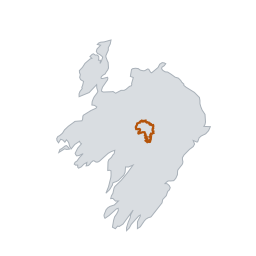 Birr Lea-6, Offaly, Ireland (highlighted), rotated 321°
{"feature_id": "5873133B95472927677681", "entity_name": "Birr Lea-6", "entity_type": "district", "adm_level": 2, "iso_a3": "IRL", "parent_name": "Ireland", "parent_adm1": "Offaly", "projection": "robinson", "projection_center": [-7.878, 53.106], "detail": "fine", "context": "in_parent", "style": "outline", "palette": "amber", "viewbox_px": 256, "rotation_deg": 321, "n_neighbors": 0, "source": "geoboundaries", "source_scale": "gbopen_adm2", "svg_char_len": 7579}
<svg xmlns="http://www.w3.org/2000/svg" viewBox="0 0 256 256"><g transform="rotate(321 128 128)"><path d="M161.7,55.1L156.4,57.8L155.5,58.9L154.1,63.1L153.9,64.4L150.6,69.1L148.7,70.1L145.9,70.9L144.3,71.6L142.3,71.2L139.7,71.3L138.5,72.1L138.5,72.8L139.3,73.5L144.0,75.7L143.7,76.6L142.4,77.7L133.9,80.2L131.4,81.8L130.6,82.8L131.4,84.5L138.2,89.6L139.3,90.2L140.3,93.2L146.3,94.4L148.7,96.3L150.8,96.7L155.4,96.6L157.2,97.3L158.2,96.7L158.8,95.7L163.9,92.1L162.3,89.4L167.5,84.8L168.9,84.8L171.3,86.2L173.3,88.2L174.0,90.8L175.9,93.2L177.1,94.0L180.4,94.5L181.1,95.4L180.6,98.8L181.1,100.0L189.4,99.9L192.8,98.4L195.7,98.7L197.1,100.2L197.8,101.8L195.3,102.4L192.7,102.1L191.4,103.1L191.3,105.1L192.2,107.7L194.0,109.5L195.4,113.6L196.6,118.2L198.5,120.9L198.9,124.3L198.6,126.0L199.0,129.0L198.2,130.1L198.8,132.9L202.0,142.1L202.7,149.2L201.2,151.9L199.2,154.4L197.9,157.4L196.9,160.7L196.4,165.9L192.0,172.1L190.2,173.6L188.0,174.5L192.8,178.8L188.9,180.8L184.7,181.4L180.0,180.3L177.1,180.4L173.4,182.6L172.6,182.2L170.8,178.7L169.6,182.4L166.9,183.5L162.3,183.3L154.6,184.2L151.6,185.3L150.4,186.9L149.4,188.8L148.2,189.9L146.9,190.5L140.9,191.8L139.7,192.4L137.0,195.4L133.4,197.2L130.4,197.7L127.7,195.9L126.6,194.9L125.4,194.3L121.3,194.4L122.6,195.0L123.4,196.2L123.8,198.6L123.3,200.9L121.3,202.1L118.9,202.3L115.1,204.7L110.0,205.4L107.3,207.6L90.6,211.4L89.7,211.5L87.4,210.5L84.9,210.1L82.4,210.4L75.4,212.5L72.0,212.1L76.4,206.8L82.2,204.2L82.8,203.4L80.9,203.1L69.9,204.9L66.1,206.5L62.3,206.9L64.1,204.6L69.0,201.3L73.3,199.1L75.2,197.2L80.4,195.0L63.6,199.5L59.2,199.0L58.2,197.7L54.8,198.3L53.5,195.3L58.7,190.7L61.6,188.7L65.2,187.6L68.5,186.1L69.8,184.2L68.2,183.6L58.2,184.1L53.3,183.7L53.6,182.2L54.5,180.6L59.6,177.7L62.3,177.3L64.7,177.6L68.9,179.2L74.6,178.7L72.3,176.9L71.9,173.2L70.1,172.0L72.4,170.3L75.1,169.3L79.5,165.8L81.1,165.2L89.8,164.4L99.3,162.5L108.6,160.0L103.8,158.6L101.6,156.7L97.9,160.5L95.2,161.9L87.7,162.7L85.3,162.3L82.0,161.1L81.0,161.6L80.0,162.5L75.0,164.3L69.8,164.8L75.9,161.4L83.6,155.6L85.4,153.7L87.8,150.6L87.1,149.2L85.5,148.3L91.1,141.8L93.1,140.6L96.7,140.4L99.3,139.4L100.4,139.4L101.4,139.0L103.7,137.0L100.2,135.8L96.6,135.2L85.3,135.8L83.9,135.7L82.5,135.1L81.6,134.2L80.9,132.0L80.1,131.5L77.6,131.5L75.1,132.2L73.3,132.1L71.6,131.1L74.4,128.9L70.9,128.3L67.3,128.8L64.3,128.1L64.3,126.7L65.6,125.2L63.9,123.9L63.5,122.2L65.4,121.3L67.5,121.6L71.7,120.4L77.0,119.7L72.5,118.5L70.6,117.4L70.6,115.8L71.0,114.4L76.3,112.0L81.9,111.0L81.5,109.4L82.0,107.8L76.3,107.3L70.6,108.5L71.2,105.3L72.6,102.3L72.9,100.4L72.7,98.4L70.0,99.3L69.8,96.4L68.6,94.4L64.7,95.8L64.9,93.1L66.0,91.3L68.1,90.5L70.1,90.9L73.8,90.8L77.5,89.5L82.7,89.1L91.0,89.5L96.7,93.4L98.2,92.7L100.5,90.3L101.6,90.0L110.2,91.1L115.6,92.5L117.0,92.0L116.2,89.3L114.4,87.4L116.7,85.0L119.6,83.3L121.4,82.5L125.8,81.4L127.7,80.5L128.9,77.3L130.9,74.6L120.1,76.0L109.7,72.9L111.4,70.7L113.6,69.4L117.3,68.5L117.7,67.3L119.6,66.3L122.8,63.8L121.6,60.5L122.3,58.2L124.5,56.6L125.2,54.4L126.3,52.8L130.8,52.2L135.3,50.7L142.1,50.5L143.8,51.1L143.4,48.5L146.6,48.2L147.9,48.7L148.4,50.6L149.9,51.8L150.3,53.8L149.3,55.4L147.7,56.7L149.2,58.0L146.9,60.3L149.4,59.3L153.0,57.0L152.8,55.2L152.2,52.9L151.2,50.8L151.6,48.5L153.6,47.1L158.8,46.4L156.7,43.8L158.6,43.5L160.7,44.1L163.7,46.1L170.2,48.9L167.1,51.5L163.2,53.2L161.7,55.1ZM69.5,106.3L69.3,107.6L66.8,106.0L65.6,104.3L58.8,103.5L61.7,101.8L63.0,102.3L67.9,102.4L69.2,103.1L69.5,106.3Z" fill="#d9dde1" stroke="#a8b0b8" stroke-width="1"/><path d="M144.6,147.9L144.6,147.7L144.9,147.5L145.0,147.4L145.1,147.2L145.3,147.0L145.3,146.8L145.5,146.7L145.4,146.6L145.2,146.5L145.4,146.3L145.3,146.2L145.3,145.6L145.5,145.4L145.7,144.9L145.9,144.7L146.2,144.6L146.4,144.7L146.8,144.5L147.2,144.3L147.0,143.8L147.7,143.4L148.3,143.2L148.8,142.7L149.0,142.4L148.9,142.3L149.0,142.2L149.4,141.8L149.5,141.5L149.3,141.4L148.6,141.2L148.6,140.9L148.5,140.7L148.4,140.6L148.2,140.5L148.2,140.4L147.9,140.4L147.8,140.1L147.5,139.8L147.4,139.6L147.5,139.5L147.4,139.4L147.6,139.3L147.8,139.2L148.0,139.0L148.0,138.8L147.9,138.7L148.0,138.7L147.6,138.1L147.3,137.8L147.3,137.7L147.5,137.8L147.8,137.7L147.7,137.5L147.5,137.4L147.4,137.2L147.3,136.9L147.5,136.7L147.4,136.6L147.1,136.3L146.8,136.3L146.5,135.8L146.4,135.7L146.3,135.8L146.1,135.8L146.0,135.7L146.4,135.3L145.9,134.9L145.8,134.7L145.6,134.3L145.5,133.8L146.4,133.4L146.5,133.3L146.4,133.2L145.9,133.1L145.7,133.2L145.4,132.8L145.2,133.0L144.8,133.1L144.2,132.8L144.3,132.7L144.2,132.6L143.4,132.1L143.7,131.9L144.0,131.8L143.7,131.5L143.7,131.3L143.5,130.9L143.1,131.0L143.0,130.9L142.9,130.8L142.7,130.8L142.4,130.7L142.3,130.8L142.0,130.8L141.6,130.6L140.9,130.7L140.9,130.8L140.7,130.8L140.8,130.9L140.6,131.2L140.3,130.9L140.2,130.9L139.9,131.0L139.4,130.9L139.0,130.7L138.9,130.5L138.7,130.4L138.4,130.3L138.2,130.3L138.0,130.2L137.9,130.3L137.5,130.5L137.3,130.8L137.3,131.0L137.0,131.3L136.7,131.4L136.5,131.5L136.2,131.5L136.0,131.4L135.8,131.5L135.7,131.8L135.3,132.0L135.0,131.9L134.7,132.0L134.4,132.4L134.5,132.6L134.6,132.8L134.4,133.0L134.1,133.4L133.8,133.5L133.7,133.8L133.6,134.0L133.9,134.2L134.0,134.4L134.2,134.6L134.4,134.6L134.5,135.0L135.1,135.1L135.3,135.2L135.4,135.4L136.0,135.6L136.4,135.9L136.5,136.2L136.5,136.4L136.4,136.4L136.4,136.5L136.3,136.9L136.0,137.2L135.9,137.4L135.6,137.6L135.3,137.7L135.1,137.6L134.7,137.6L134.4,137.6L134.1,137.6L133.7,137.6L133.3,137.9L133.2,138.1L132.9,138.4L132.6,138.6L132.6,138.8L132.8,138.8L133.0,139.0L133.3,139.1L133.5,139.4L133.8,139.4L133.9,139.5L134.1,139.5L134.3,139.5L134.6,139.6L134.8,139.7L134.9,139.8L135.1,139.8L135.2,140.0L135.3,140.0L135.6,140.0L135.9,140.2L136.2,140.2L136.2,140.3L136.3,140.4L136.5,140.5L136.9,140.6L137.0,140.7L137.2,140.8L137.4,140.9L137.5,141.0L137.6,141.3L137.8,141.3L138.1,141.5L137.9,141.7L137.8,141.8L138.1,142.2L138.1,142.3L138.0,142.5L137.9,142.6L137.8,142.8L137.9,143.0L137.8,143.3L137.7,143.4L137.6,143.5L137.5,143.8L137.6,144.0L137.3,144.2L136.9,144.0L136.6,144.2L136.7,144.3L136.9,144.6L136.7,144.7L136.7,144.8L136.6,145.0L136.8,145.1L136.6,145.3L136.7,145.6L136.7,145.8L137.0,146.0L137.1,146.3L136.8,146.4L136.6,146.2L136.5,146.3L136.2,146.2L135.6,146.1L135.5,146.3L135.2,146.4L135.1,146.7L135.2,146.9L135.5,147.0L135.8,147.2L135.9,147.3L135.8,147.6L136.1,148.0L136.2,148.3L135.9,148.4L135.8,148.6L135.9,148.8L135.6,149.1L134.9,149.2L134.4,149.0L134.0,148.7L133.8,148.7L133.8,148.8L133.7,148.9L133.6,149.0L133.8,149.6L134.1,149.9L133.9,150.3L134.0,150.5L134.0,150.9L134.3,150.8L134.5,150.8L134.6,151.0L134.8,150.9L135.0,151.0L135.4,151.2L135.6,151.2L135.8,151.3L135.7,151.5L135.6,151.9L135.4,151.9L135.5,152.0L135.8,152.2L135.8,152.3L136.0,152.4L136.1,152.6L136.4,152.7L136.6,152.6L136.7,152.4L136.7,152.2L136.9,152.1L137.1,151.9L137.3,151.9L137.3,151.7L137.2,151.5L137.3,151.4L137.0,151.1L136.7,150.8L136.7,150.7L136.9,150.7L137.5,150.9L137.6,151.1L137.7,151.4L137.9,151.4L138.1,151.2L138.3,151.2L138.3,150.9L138.2,150.7L138.4,150.6L138.5,150.7L138.9,150.7L139.0,150.7L139.3,150.5L139.3,150.4L139.1,150.2L139.4,149.9L139.5,150.0L139.7,149.8L139.8,149.8L140.0,149.8L140.1,149.7L139.8,149.4L140.1,149.3L140.5,149.0L140.7,148.9L140.5,148.7L140.3,148.6L140.2,148.6L139.9,148.4L140.0,148.4L140.0,148.2L140.7,148.0L140.7,147.9L140.8,147.8L140.9,147.7L141.3,147.6L141.4,147.4L141.3,147.2L141.6,147.1L141.8,147.0L142.1,146.9L142.3,146.8L142.4,147.0L142.5,147.2L142.5,147.3L142.8,147.3L143.0,147.3L143.3,147.4L143.6,147.5L143.6,147.8L143.8,147.8L144.0,147.7L144.1,147.8L144.3,147.8L144.6,147.9Z" fill="none" stroke="#b45309" stroke-width="2"/></g></svg>